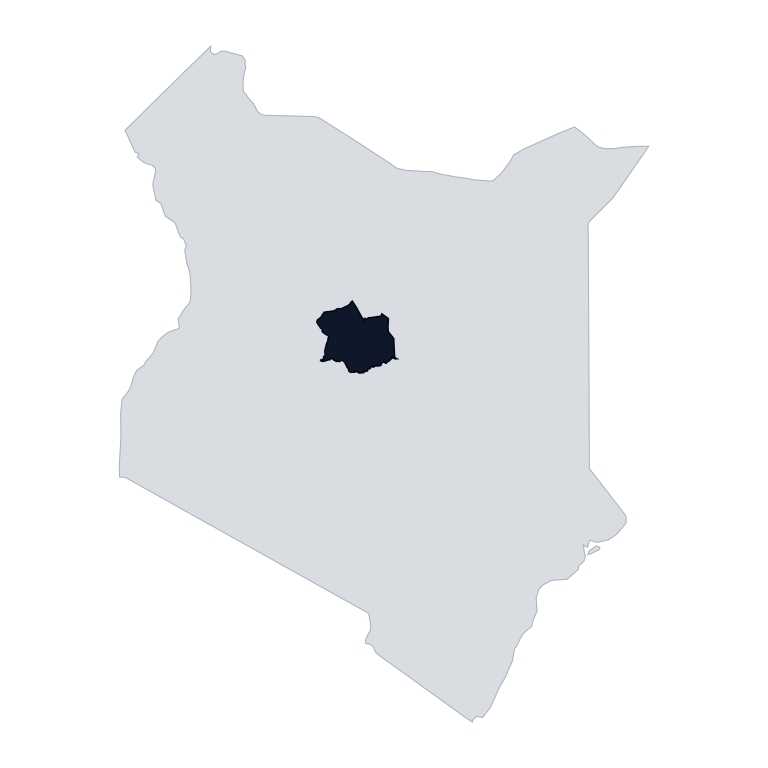 Samburu East, Rift Valley, Kenya shown in context
{"feature_id": "3690345B82723098757823", "entity_name": "Samburu East", "entity_type": "district", "adm_level": 2, "iso_a3": "KEN", "parent_name": "Kenya", "parent_adm1": "Rift Valley", "projection": "orthographic", "projection_center": [37.446, 1.109], "detail": "fine", "context": "in_parent", "style": "filled", "palette": "ink", "viewbox_px": 768, "rotation_deg": 0, "n_neighbors": 0, "source": "geoboundaries", "source_scale": "gbopen_adm2", "svg_char_len": 8552}
<svg xmlns="http://www.w3.org/2000/svg" viewBox="0 0 768 768"><path d="M119.5,477.2L119.3,465.9L120.9,437.1L120.7,411.8L122.2,399.1L128.4,391.1L131.3,385.3L133.4,377.1L136.6,370.5L144.0,365.1L145.4,362.1L153.2,353.1L157.9,341.5L161.5,337.5L165.9,333.9L169.0,332.0L174.2,330.0L178.2,328.9L179.0,328.0L179.3,326.1L178.0,319.0L179.7,316.6L182.5,311.8L185.6,307.3L188.5,304.5L190.1,301.5L190.8,296.5L190.9,292.9L190.9,287.0L190.0,273.7L186.7,262.5L184.7,250.1L186.2,246.0L183.6,238.7L182.3,238.3L180.2,236.7L177.5,229.8L175.4,223.5L174.1,221.9L165.3,216.4L160.9,203.4L155.9,200.5L153.3,187.6L152.8,184.0L155.6,171.1L155.4,168.2L152.4,165.5L144.1,162.7L137.4,157.4L138.2,155.5L138.7,153.6L135.2,152.3L125.0,130.3L138.3,117.2L151.8,103.8L169.1,86.9L184.9,71.4L198.6,58.0L210.8,46.1L210.5,48.4L210.5,51.4L212.0,53.3L214.5,54.5L218.0,53.2L221.0,51.3L224.0,50.9L242.3,55.9L245.3,60.3L245.1,64.9L245.9,68.3L244.5,71.7L242.9,82.0L243.4,91.5L248.8,98.4L253.7,103.9L257.6,111.6L260.5,114.0L264.4,115.2L277.0,115.6L295.6,116.1L313.5,116.5L315.2,116.7L319.0,117.8L335.5,128.2L350.6,137.7L363.4,146.0L375.8,154.1L387.9,161.9L397.2,168.4L406.5,170.4L421.5,171.3L431.8,171.6L441.4,174.3L455.7,176.9L466.3,178.2L472.8,179.7L490.6,181.1L493.6,180.3L501.4,173.1L510.2,161.3L513.6,154.9L525.0,148.5L544.9,139.5L559.0,133.2L574.6,126.9L581.7,132.3L591.6,141.1L596.0,145.5L599.5,147.4L604.8,148.7L611.3,148.7L614.9,148.5L622.1,147.3L639.0,146.3L648.7,146.3L640.6,158.1L630.9,172.1L613.0,197.9L599.4,211.5L589.1,221.8L588.1,223.7L588.2,235.1L588.4,263.1L588.7,319.1L589.0,375.1L589.2,431.1L589.3,459.1L589.3,468.5L598.4,480.2L607.3,491.7L619.0,506.9L625.3,515.0L626.3,517.7L626.0,523.2L616.3,534.6L608.4,539.8L597.7,542.3L594.5,541.8L590.4,540.2L588.7,542.9L587.5,547.2L585.1,546.3L583.3,545.0L584.4,552.6L585.5,556.3L583.9,561.4L578.7,565.8L578.2,569.5L567.0,579.3L551.1,580.4L542.7,585.2L539.0,589.2L536.1,597.8L537.1,611.1L532.7,621.3L531.8,626.4L523.6,633.1L519.9,639.2L517.2,645.4L514.9,648.1L512.1,661.9L508.2,670.3L507.2,673.1L506.2,675.7L503.3,680.6L501.3,684.0L500.0,686.2L490.2,707.8L482.6,717.5L476.7,716.4L472.8,720.1L472.4,721.9L470.3,720.9L465.3,717.4L455.2,710.1L445.0,702.8L434.9,695.5L424.7,688.2L414.6,680.8L404.4,673.5L394.2,666.2L384.0,658.9L378.1,654.6L375.4,652.1L373.4,647.0L372.4,645.8L369.6,644.2L366.5,643.8L365.5,642.9L365.6,640.4L366.7,636.9L370.4,630.2L370.8,626.2L370.1,621.7L368.9,614.6L367.9,612.9L361.2,609.2L347.0,601.3L332.9,593.4L318.7,585.5L304.6,577.6L290.4,569.7L276.2,561.8L262.1,553.9L247.9,546.0L233.8,538.1L219.6,530.2L205.5,522.3L191.3,514.4L177.2,506.5L163.0,498.5L148.8,490.6L134.7,482.7L129.4,479.7L124.6,477.2L119.5,477.2ZM590.3,554.0L587.8,554.6L589.1,550.7L596.3,545.9L599.3,547.0L599.9,548.1L599.7,549.1L598.5,550.1L590.3,554.0Z" fill="#d9dde1" stroke="#a8b0b8" stroke-width="1"/><path d="M396.9,358.7L394.7,357.3L394.0,344.9L393.8,338.7L391.6,335.8L389.8,333.6L388.2,331.4L388.0,326.9L388.4,318.6L381.8,313.8L381.6,314.3L381.6,314.7L381.4,314.9L381.4,315.4L381.2,315.8L381.3,316.0L381.2,316.1L380.4,316.1L380.2,316.4L379.5,316.3L379.0,316.6L378.3,316.6L378.0,316.8L377.5,316.7L377.3,316.5L377.1,316.5L376.8,317.0L376.3,316.8L375.8,316.9L375.4,317.0L374.8,316.9L374.1,317.3L372.6,317.3L371.2,317.6L370.6,317.8L370.1,317.6L369.8,317.7L369.7,317.8L369.1,317.9L368.9,318.1L368.7,317.8L368.6,317.7L368.2,317.9L367.7,318.4L367.2,318.6L367.0,318.9L366.6,318.9L366.5,319.0L366.5,319.3L366.2,319.3L365.8,319.4L365.6,319.4L365.3,319.2L365.0,318.4L364.9,318.5L364.8,318.8L364.4,319.2L364.2,319.9L363.7,320.2L363.9,319.7L363.5,319.1L363.3,319.1L363.1,318.6L362.9,318.5L362.7,318.5L362.3,318.0L358.4,311.1L356.6,307.7L352.5,301.4L352.3,301.1L352.2,301.2L351.1,302.3L350.6,302.4L350.6,302.7L350.5,303.1L350.6,303.4L350.4,303.7L349.7,304.4L349.3,304.4L349.0,304.6L348.2,305.5L347.0,306.0L346.1,306.3L345.8,306.6L345.7,306.7L344.9,306.9L344.5,307.2L343.9,307.4L343.3,307.8L342.3,308.1L341.8,308.5L341.1,308.8L340.7,308.9L340.4,308.7L340.1,308.7L339.8,308.8L339.6,309.0L339.4,309.0L339.1,308.8L338.0,308.6L337.4,308.8L336.6,309.1L336.5,309.5L336.1,309.8L335.8,310.1L335.0,310.1L333.8,311.0L333.5,311.1L333.2,311.0L332.8,311.1L332.2,311.0L331.5,311.4L331.0,311.2L330.6,311.2L330.2,311.4L329.7,311.8L329.4,312.0L329.0,312.0L328.6,311.6L328.1,311.5L327.3,311.7L326.6,311.7L325.4,312.1L324.2,312.2L323.9,312.3L323.8,312.5L323.9,313.0L323.6,313.3L323.4,313.8L322.8,314.1L322.4,314.8L322.0,315.2L321.6,316.1L321.5,316.5L320.9,317.1L320.9,317.3L320.7,317.5L320.1,317.8L319.8,318.2L319.3,318.7L318.0,319.3L317.5,319.9L317.4,320.3L317.2,320.6L317.2,321.1L316.8,321.8L316.8,322.2L318.2,324.5L318.3,324.7L318.7,324.7L318.8,324.8L318.8,325.1L319.3,326.2L319.8,326.7L320.1,327.0L320.2,327.7L320.9,328.3L321.6,328.5L322.1,328.8L322.2,329.0L322.3,329.6L322.3,330.1L322.0,330.8L322.1,331.2L322.6,332.1L322.8,332.3L324.1,333.2L324.9,333.7L325.2,334.0L325.6,334.1L325.8,334.1L326.1,334.3L326.2,334.6L326.4,334.9L327.0,335.0L327.5,334.8L327.9,335.2L328.0,335.6L328.3,336.0L328.5,336.1L329.1,336.3L329.0,336.5L329.1,337.0L328.8,337.0L328.2,337.8L328.1,338.3L328.1,338.5L328.0,338.9L328.2,339.2L328.0,339.3L327.9,339.7L328.0,340.1L327.7,340.5L327.8,341.1L327.7,341.3L327.5,341.8L327.4,341.9L327.5,342.1L327.4,342.4L327.1,342.5L326.8,343.0L327.0,343.1L326.9,343.7L326.5,344.1L326.6,344.3L326.4,344.4L326.3,344.5L326.5,344.7L326.5,344.9L326.4,345.1L326.6,345.2L326.5,345.3L326.3,345.5L326.2,345.7L326.1,345.9L326.2,346.2L325.8,346.6L325.6,347.1L325.5,347.3L325.4,348.6L325.5,348.9L325.1,349.4L325.0,350.5L324.8,350.9L324.9,352.6L325.2,353.6L325.0,354.2L325.1,355.8L324.3,356.4L324.1,356.5L323.8,356.4L323.7,356.5L323.6,357.5L323.8,357.7L323.8,357.9L323.8,358.1L323.5,358.3L323.2,358.9L323.1,359.5L322.6,359.6L322.3,359.7L322.1,360.0L321.9,360.2L321.6,360.1L321.3,360.1L321.0,359.8L320.7,360.2L320.6,360.5L320.9,360.7L321.2,361.0L321.7,361.3L322.5,361.3L322.9,361.4L323.1,361.3L323.4,361.1L323.7,361.3L324.5,361.1L324.8,360.9L325.3,360.9L328.0,360.0L329.0,359.5L329.2,359.8L329.6,359.9L329.8,359.8L329.8,359.1L330.9,358.8L331.2,358.8L331.4,358.6L331.9,358.5L332.2,358.5L332.4,358.9L332.9,358.8L333.1,359.0L333.3,359.1L333.6,359.9L333.9,360.1L334.1,360.3L334.6,360.3L334.9,360.3L335.1,360.2L335.2,360.7L335.7,360.7L335.9,360.8L335.9,361.1L336.1,361.4L336.5,361.4L336.8,361.2L337.1,361.4L338.4,361.2L338.7,361.2L338.8,361.4L338.9,361.5L339.4,361.6L339.7,361.6L340.1,361.3L340.4,360.9L340.8,360.8L340.9,360.6L341.2,360.4L341.4,360.1L341.6,360.0L342.2,360.0L343.1,360.9L343.3,361.3L343.9,361.6L344.3,361.8L344.5,362.2L345.1,362.9L345.4,364.0L345.6,364.1L346.0,365.1L346.4,365.7L346.8,366.4L346.8,366.9L347.1,367.2L347.2,367.5L347.7,367.7L347.9,367.8L347.9,368.3L348.2,368.6L348.3,369.0L348.6,369.4L348.5,369.8L348.7,370.3L348.7,370.8L349.3,371.0L349.4,371.7L349.6,371.8L349.9,371.7L351.0,372.4L352.2,372.2L352.5,372.2L352.8,372.2L353.3,372.2L353.6,371.9L354.1,372.2L354.4,372.0L354.8,372.2L355.5,371.8L355.8,371.8L356.1,371.4L356.4,371.3L356.9,371.6L357.1,371.6L357.8,371.6L357.9,371.9L357.7,372.2L357.8,372.3L358.5,372.5L358.9,372.9L359.4,373.1L359.7,372.9L359.9,372.8L360.2,373.1L360.5,373.1L360.9,372.6L361.4,372.3L361.8,372.7L362.2,372.8L362.6,372.7L362.7,372.8L363.2,372.6L363.7,372.7L363.8,372.5L363.8,371.9L363.9,371.7L364.3,371.7L364.8,371.4L365.2,371.5L365.4,371.5L366.0,371.1L366.2,370.9L366.5,371.0L366.8,370.8L367.0,371.1L367.4,370.8L367.5,370.3L367.8,370.1L367.8,369.9L367.6,369.9L367.6,369.6L367.6,369.4L367.9,369.4L368.1,369.1L368.3,368.8L368.8,368.8L369.1,368.6L369.4,368.6L370.0,368.1L370.1,368.3L370.2,368.1L370.4,368.0L370.5,367.9L370.5,367.5L370.7,367.1L371.1,366.6L371.5,366.6L372.0,366.4L372.3,366.3L372.5,366.6L372.6,366.9L373.3,367.2L373.5,367.1L373.7,366.8L374.0,366.8L374.2,366.5L374.4,366.4L374.6,365.9L374.9,365.8L375.1,365.8L375.6,366.1L376.3,366.0L376.7,365.7L377.2,365.8L377.8,366.1L378.5,365.9L379.4,365.8L379.6,365.7L379.8,365.6L380.5,365.6L381.0,365.1L381.3,364.9L381.3,364.7L381.1,364.5L381.1,364.3L381.2,363.9L381.5,363.3L382.3,362.9L382.8,362.5L383.2,362.3L383.4,362.1L383.2,361.8L383.5,361.3L384.3,361.7L384.5,362.3L385.1,362.3L385.2,362.5L385.1,362.8L385.3,362.9L385.6,362.8L385.7,363.0L385.7,363.3L386.0,363.3L386.2,363.0L386.6,362.9L386.9,362.7L387.1,362.5L387.6,361.9L388.0,361.3L388.6,361.2L388.9,360.8L389.2,360.7L389.6,360.7L389.8,360.5L389.8,360.3L390.6,359.3L390.7,359.1L391.2,359.0L391.4,358.8L391.6,358.4L391.9,358.4L392.2,358.1L392.1,357.5L392.5,357.3L392.6,357.8L393.1,357.7L393.7,358.2L394.6,358.4L394.7,358.7L395.2,359.0L395.5,359.0L396.3,358.7L396.9,358.7Z" fill="#0f172a" stroke="#020617" stroke-width="1.5"/></svg>